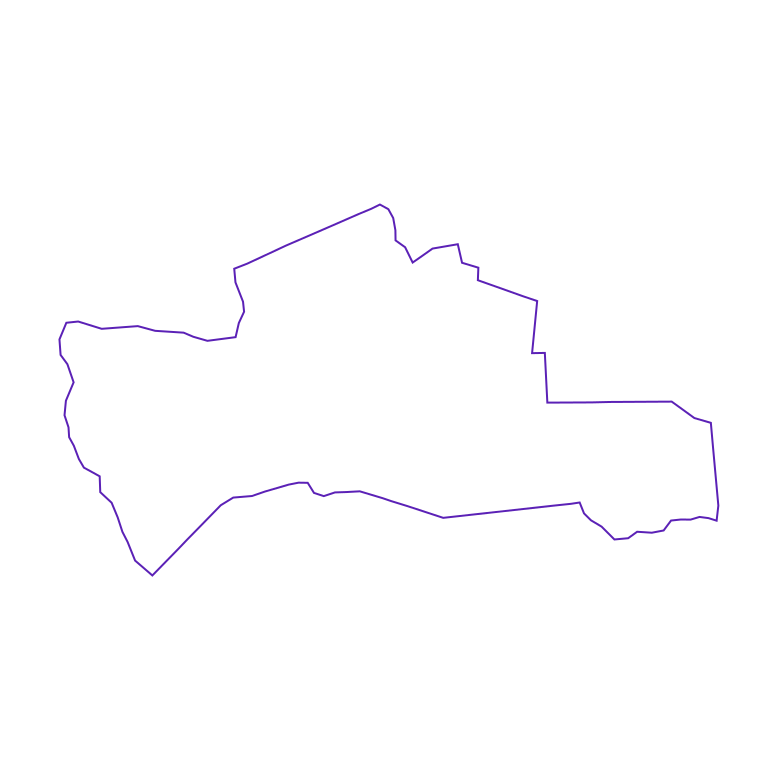 outline of Igrejinha, Rio Grande do Sul, Brazil, rotated 174°
{"feature_id": "56859067B34596545395874", "entity_name": "Igrejinha", "entity_type": "district", "adm_level": 2, "iso_a3": "BRA", "parent_name": "Brazil", "parent_adm1": "Rio Grande do Sul", "projection": "robinson", "projection_center": [-50.791, -29.565], "detail": "fine", "context": "isolated", "style": "outline", "palette": "violet", "viewbox_px": 768, "rotation_deg": 174, "n_neighbors": 0, "source": "geoboundaries", "source_scale": "gbopen_adm2", "svg_char_len": 1381}
<svg xmlns="http://www.w3.org/2000/svg" viewBox="0 0 768 768"><g transform="rotate(174 384 384)"><path d="M634.4,217.8L605.8,241.5L595.8,250.0L584.4,259.4L559.0,280.5L545.8,286.8L527.0,286.4L513.6,289.5L489.3,293.9L479.3,294.8L470.2,293.7L465.0,283.0L455.6,278.8L444.1,281.3L433.1,280.5L419.3,279.8L397.3,270.6L389.1,266.8L373.9,260.3L339.1,244.7L229.4,245.3L210.6,245.3L201.8,245.7L198.6,234.4L192.4,226.8L182.5,219.4L171.1,205.3L157.3,205.1L147.7,210.6L133.2,208.1L121.2,209.1L112.8,218.2L103.2,218.2L93.2,217.1L84.1,218.8L75.3,216.7L67.5,213.3L64.2,228.1L63.4,286.8L63.0,311.2L78.9,317.7L99.7,336.4L161.1,342.5L179.5,344.0L223.5,348.4L220.8,398.1L233.5,399.2L223.0,450.5L236.7,456.8L267.4,471.5L279.8,477.4L278.0,489.8L293.7,496.4L296.0,515.3L321.6,513.6L332.1,507.7L342.8,501.8L348.7,517.8L357.5,525.6L356.6,535.7L357.5,548.1L361.4,557.4L369.3,562.9L378.6,559.5L391.4,555.7L423.9,545.4L467.0,531.9L507.4,518.0L520.9,514.3L521.1,500.6L515.6,480.6L515.6,470.5L522.0,459.8L526.7,446.1L543.1,445.7L555.1,445.4L568.7,450.9L577.9,456.0L606.0,460.8L622.8,467.3L659.0,468.4L681.6,478.1L693.5,478.1L702.1,462.3L702.6,446.7L696.8,436.8L692.5,418.1L702.1,400.6L705.0,386.3L702.3,373.9L702.7,364.0L698.9,355.0L695.3,341.3L691.2,332.2L676.4,321.9L677.5,306.1L667.3,294.4L662.8,279.2L659.6,264.3L655.5,253.7L650.0,234.4L634.4,217.8Z" fill="none" stroke="#5b21b6" stroke-width="2"/></g></svg>